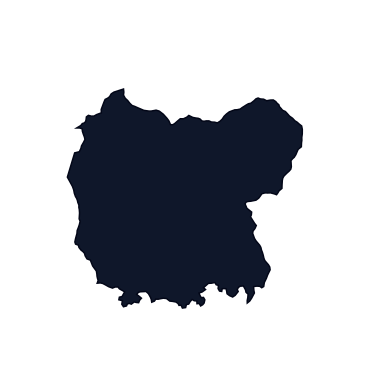 Batatais, São Paulo, Brazil, rotated 154°
{"feature_id": "56859067B57164081462165", "entity_name": "Batatais", "entity_type": "district", "adm_level": 2, "iso_a3": "BRA", "parent_name": "Brazil", "parent_adm1": "São Paulo", "projection": "albers", "projection_center": [-47.578, -20.866], "detail": "fine", "context": "isolated", "style": "filled", "palette": "ink", "viewbox_px": 384, "rotation_deg": 154, "n_neighbors": 0, "source": "geoboundaries", "source_scale": "gbopen_adm2", "svg_char_len": 3800}
<svg xmlns="http://www.w3.org/2000/svg" viewBox="0 0 384 384"><g transform="rotate(154 192 192)"><path d="M317.2,151.6L314.3,150.5L312.3,148.9L310.6,146.6L308.4,143.4L305.6,140.5L302.6,140.3L300.2,139.1L299.7,136.8L298.1,134.5L296.3,131.8L298.7,130.1L300.7,128.7L303.4,129.3L305.0,127.2L302.2,124.8L304.3,121.9L303.9,118.9L300.8,118.3L299.1,119.8L297.0,119.2L295.7,117.8L292.1,118.5L290.6,117.2L288.5,115.9L286.5,117.7L284.0,118.7L285.1,121.2L286.6,124.2L284.2,125.3L282.3,125.0L279.7,123.9L276.9,122.7L275.7,119.6L275.5,115.5L275.7,113.3L276.5,110.6L273.6,110.4L271.6,111.6L269.2,110.4L267.1,109.9L264.3,109.1L261.6,107.4L259.8,103.7L257.4,102.2L254.7,100.2L253.4,97.9L253.4,95.8L251.5,95.1L251.5,91.9L248.4,90.9L246.4,93.3L244.1,92.7L241.7,94.3L239.0,95.4L237.7,93.3L235.4,91.9L236.5,89.4L234.4,88.6L234.2,85.8L231.8,86.0L229.8,86.9L227.7,89.5L227.9,92.2L230.0,93.0L230.2,95.7L230.0,98.1L226.7,97.7L222.6,98.4L223.6,101.0L221.6,101.5L217.3,102.7L214.5,101.5L211.1,100.6L210.9,98.0L209.2,96.5L210.9,93.7L210.7,90.9L208.9,89.6L207.2,91.9L203.8,90.2L204.3,87.8L205.1,85.2L203.7,82.4L201.5,79.8L198.5,80.2L194.1,82.3L194.1,84.5L192.1,85.9L189.9,86.2L187.0,85.0L186.8,80.6L187.4,78.2L186.4,75.6L188.1,72.7L190.0,70.2L191.0,68.0L187.9,68.7L185.0,70.4L180.2,73.9L179.5,76.5L178.1,80.0L175.0,79.0L172.4,77.5L171.3,75.4L169.0,75.6L166.7,78.9L163.0,81.8L160.5,84.2L158.1,86.1L155.9,87.8L155.0,90.5L155.2,93.1L156.0,96.1L156.6,98.5L156.4,101.0L155.7,103.9L155.2,106.9L155.0,109.4L154.4,112.0L154.5,114.4L155.9,120.0L156.2,122.9L155.6,128.3L154.2,130.2L151.4,131.6L148.9,133.7L149.5,136.4L150.3,144.0L148.7,145.4L147.2,147.8L149.8,153.3L149.5,158.2L147.4,159.3L145.4,158.8L143.4,158.0L138.1,156.6L134.8,157.2L131.9,158.7L130.0,159.8L126.8,159.2L124.3,157.9L121.8,156.8L118.8,154.2L117.2,152.5L115.5,153.4L113.2,154.9L109.6,155.8L107.7,159.4L105.7,162.9L104.3,164.7L102.4,166.0L98.7,167.3L95.5,168.2L93.2,169.2L91.6,171.2L90.6,173.7L89.3,176.8L87.1,177.8L84.9,178.4L82.2,180.1L79.7,182.3L77.9,183.8L73.9,184.7L72.0,188.2L70.6,190.3L69.4,192.9L67.4,195.9L65.4,199.9L64.5,203.3L66.0,206.4L66.8,208.5L68.3,210.9L69.3,214.2L71.1,217.5L72.0,220.8L72.8,223.4L74.8,225.8L75.3,228.0L76.0,230.4L75.7,232.4L76.6,234.4L77.1,236.6L78.6,239.1L81.3,240.3L84.9,241.3L86.9,244.0L89.8,245.7L91.4,247.5L93.6,247.7L96.4,246.8L100.2,246.0L102.6,246.6L105.4,246.4L107.8,246.1L109.9,245.9L112.3,245.4L115.5,246.2L117.5,247.1L120.3,247.4L123.3,247.7L126.8,247.0L129.9,246.0L133.0,244.2L135.8,243.3L138.9,243.0L141.0,244.8L143.9,246.4L145.6,248.5L148.1,249.7L150.2,250.3L151.9,251.5L152.8,254.1L154.1,255.5L156.1,256.8L158.6,258.7L161.3,262.2L164.0,261.5L167.7,261.6L170.4,263.0L173.5,262.2L177.6,261.1L179.7,260.9L181.8,261.9L181.6,266.1L182.2,269.3L183.7,274.5L186.0,279.1L188.4,281.3L193.1,282.6L194.9,283.4L199.5,286.5L204.5,292.3L205.9,294.0L207.9,296.0L209.0,299.0L209.7,302.4L210.9,305.5L211.1,309.1L209.5,311.6L208.4,314.6L218.4,316.0L221.6,315.6L224.3,313.8L226.7,313.3L229.5,313.3L231.6,311.5L237.4,306.0L238.8,302.9L243.9,303.4L246.8,303.2L249.2,304.3L251.5,306.3L254.0,305.8L255.4,303.6L256.7,302.0L258.6,301.3L260.6,301.6L262.8,300.5L267.6,300.1L265.0,298.8L263.0,297.0L263.9,294.6L264.3,291.8L264.6,288.6L265.2,286.1L267.7,284.2L271.1,281.9L272.7,279.9L275.6,277.6L280.3,278.6L297.5,260.0L297.1,252.1L297.0,249.3L297.4,245.7L298.3,242.5L298.7,239.0L298.5,236.8L298.7,234.7L299.2,232.6L299.4,229.8L300.5,227.6L301.0,225.6L302.3,222.4L305.2,217.3L305.4,214.7L307.7,211.9L309.8,209.8L312.1,207.7L313.6,205.1L315.4,203.1L317.3,200.9L319.2,198.4L319.5,196.2L317.5,194.1L317.9,191.6L317.2,188.4L316.2,186.4L315.5,184.0L316.0,181.5L315.7,177.9L313.2,175.3L313.5,171.8L313.7,169.1L313.3,166.7L312.6,162.9L313.5,159.9L314.3,157.9L314.8,155.8L315.1,153.7L317.2,151.6Z" fill="#0f172a" stroke="#020617" stroke-width="1.5"/></g></svg>